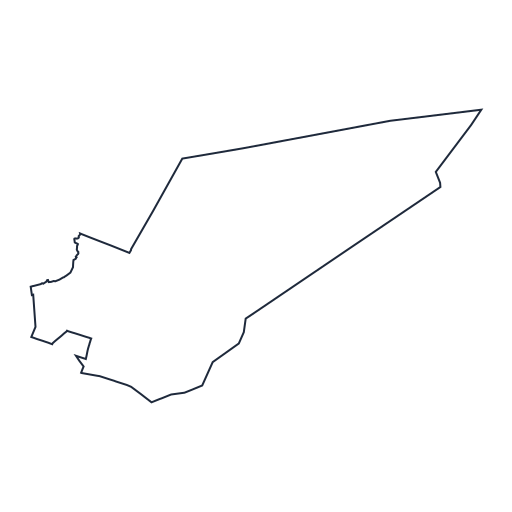 Santo Domingo Tomaltepec, Oaxaca, Mexico
{"feature_id": "50627088B74406659640809", "entity_name": "Santo Domingo Tomaltepec", "entity_type": "district", "adm_level": 2, "iso_a3": "MEX", "parent_name": "Mexico", "parent_adm1": "Oaxaca", "projection": "albers", "projection_center": [-96.619, 17.07], "detail": "fine", "context": "isolated", "style": "outline", "palette": "slate", "viewbox_px": 512, "rotation_deg": 0, "n_neighbors": 0, "source": "geoboundaries", "source_scale": "gbopen_adm2", "svg_char_len": 1907}
<svg xmlns="http://www.w3.org/2000/svg" viewBox="0 0 512 512"><path d="M151.5,402.3L160.0,398.9L161.5,398.4L171.1,394.5L175.6,393.9L184.5,392.7L190.5,390.3L202.2,385.5L212.7,362.1L238.8,343.5L243.8,332.2L245.7,318.6L253.8,313.2L283.8,292.9L328.1,262.9L350.4,247.8L386.7,223.3L440.4,187.0L440.1,182.8L435.8,171.9L471.2,124.9L481.3,109.7L390.1,120.8L283.7,140.7L242.4,148.4L182.3,158.6L153.0,211.1L131.1,249.1L131.0,250.2L129.4,252.9L110.9,245.5L100.2,241.4L89.4,237.2L80.1,233.5L80.2,233.9L80.0,234.7L78.7,236.1L78.8,237.6L78.0,238.3L77.0,238.6L75.1,238.4L74.4,238.7L74.3,239.5L74.6,240.9L74.7,242.2L75.1,242.7L77.2,243.6L77.9,244.1L77.6,245.0L77.2,245.5L77.0,246.4L77.1,246.8L76.8,249.7L77.6,251.3L78.3,252.0L78.2,252.4L78.4,253.2L78.1,254.0L77.3,254.7L76.4,255.7L76.2,256.4L76.4,257.0L75.9,257.0L76.1,258.0L75.7,258.8L73.5,260.0L73.3,261.6L73.1,264.6L73.0,267.2L70.4,272.6L66.4,275.6L64.6,276.7L64.1,277.2L63.0,277.5L59.5,279.6L55.2,281.3L53.8,281.0L51.0,281.9L48.7,282.1L48.0,280.0L47.2,280.1L46.3,281.7L43.2,283.7L42.6,283.3L41.7,283.4L40.8,284.1L33.9,285.9L32.3,286.2L32.0,286.4L31.4,286.5L30.7,286.7L31.9,295.1L33.2,294.7L35.5,326.9L31.3,337.0L31.8,337.2L33.4,337.7L36.9,339.0L43.2,341.0L44.3,341.4L47.0,342.3L47.4,342.4L47.9,342.6L48.8,342.9L49.2,343.1L51.1,343.8L52.2,344.2L52.4,343.7L52.9,343.0L54.9,341.2L57.4,339.1L60.0,337.0L62.0,335.3L63.4,334.0L64.2,333.3L66.5,331.5L67.0,330.7L68.1,331.2L72.5,332.6L74.3,333.1L79.1,334.6L84.0,336.2L85.9,336.8L89.6,337.9L89.7,338.0L91.2,338.5L90.8,339.5L90.0,342.2L89.6,343.3L89.3,344.6L88.9,345.7L88.6,346.8L88.2,348.1L87.9,349.3L87.6,350.5L86.5,356.0L85.8,359.0L84.8,358.6L84.6,358.6L76.0,355.8L79.4,360.9L82.5,365.0L83.6,366.5L82.4,369.4L81.1,372.8L81.5,373.0L97.4,375.8L99.5,376.1L109.4,379.3L114.2,380.8L115.7,381.4L116.3,381.6L118.8,382.4L126.9,385.0L131.1,386.8L141.3,394.4L143.6,396.2L151.5,402.3Z" fill="none" stroke="#1e293b" stroke-width="2"/></svg>